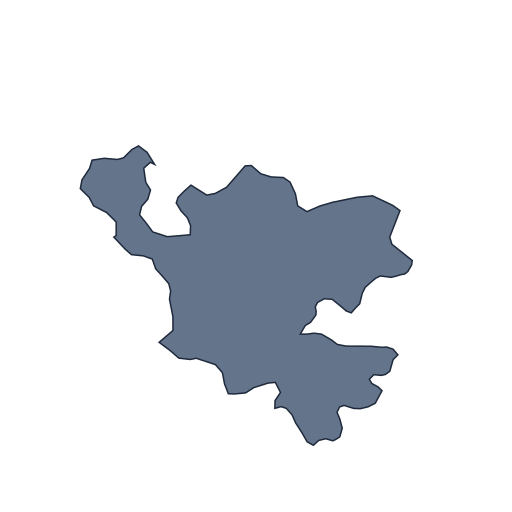 the district of Hwaseong-si, Gyeonggi, South Korea, rotated 221°
{"feature_id": "91817680B58085958229296", "entity_name": "Hwaseong-si", "entity_type": "district", "adm_level": 2, "iso_a3": "KOR", "parent_name": "South Korea", "parent_adm1": "Gyeonggi", "projection": "robinson", "projection_center": [126.871, 37.138], "detail": "fine", "context": "isolated", "style": "filled", "palette": "slate", "viewbox_px": 512, "rotation_deg": 221, "n_neighbors": 0, "source": "geoboundaries", "source_scale": "gbopen_adm2", "svg_char_len": 2003}
<svg xmlns="http://www.w3.org/2000/svg" viewBox="0 0 512 512"><g transform="rotate(221 256 256)"><path d="M375.7,177.0L358.9,175.3L350.9,175.3L341.1,182.2L332.2,185.6L323.3,180.5L315.3,179.6L303.7,177.9L297.5,173.6L293.0,166.7L278.8,155.6L269.8,145.3L272.5,127.3L258.8,128.3L247.2,128.3L237.8,134.7L234.0,139.6L215.3,147.4L204.8,145.9L195.8,138.8L186.5,133.9L181.8,137.7L174.0,145.9L171.3,155.3L163.5,168.0L158.5,173.3L148.0,169.1L146.8,159.4L141.8,153.4L138.3,158.7L133.2,160.9L124.6,159.8L116.5,156.0L105.2,152.7L95.5,149.3L88.5,150.8L87.7,157.9L83.4,163.9L76.8,166.9L75.6,169.5L74.1,174.4L77.9,182.6L85.7,187.9L92.3,191.2L93.9,196.9L91.5,201.0L82.2,205.1L77.1,209.2L72.5,215.6L69.4,223.1L72.5,237.0L77.9,237.3L84.9,235.8L89.6,237.3L89.2,243.7L83.0,248.2L80.6,251.6L79.4,256.8L84.5,267.7L84.1,274.5L91.5,275.6L97.7,273.0L101.2,269.6L110.2,263.2L128.9,247.1L136.7,242.6L143.7,242.2L155.3,240.0L161.6,235.8L166.2,230.6L171.3,226.1L173.2,235.8L171.3,241.8L172.1,250.8L174.4,253.8L177.9,256.5L179.1,261.3L176.4,268.5L170.1,273.3L157.7,273.7L151.8,273.7L146.8,275.6L146.8,282.0L146.4,288.0L149.1,293.2L151.4,297.7L153.0,304.1L151.8,313.5L151.0,318.0L149.1,322.5L145.2,325.1L140.1,328.5L137.4,332.2L134.3,337.1L131.9,340.1L131.2,343.9L132.7,351.4L135.1,355.1L161.1,354.0L167.5,358.0L177.1,384.7L186.1,383.9L207.5,377.9L218.2,366.7L233.3,347.0L240.5,335.8L246.7,322.9L257.4,321.2L267.2,328.9L278.8,334.1L286.8,333.2L296.6,325.5L306.4,321.2L318.9,321.2L323.3,316.9L323.3,306.6L323.3,288.6L327.8,276.5L333.1,269.7L351.6,266.8L352.7,258.0L353.3,249.2L351.0,243.7L342.4,240.9L332.8,239.8L325.3,236.0L319.6,228.9L327.0,221.2L335.6,212.4L349.8,206.4L359.5,208.6L370.9,210.7L374.9,218.4L374.9,227.8L378.9,236.6L387.5,239.3L398.3,248.6L397.2,257.4L392.6,258.6L406.2,262.8L416.9,262.0L419.5,255.1L420.4,243.1L424.0,237.9L434.6,230.2L442.6,220.8L439.1,213.0L437.3,199.3L432.8,191.6L420.4,190.8L411.4,187.3L397.2,190.8L383.8,189.9L374.9,179.6L375.7,177.0Z" fill="#64748b" stroke="#1e293b" stroke-width="1.5"/></g></svg>